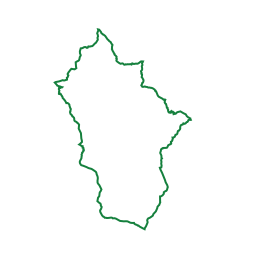 Vintileasca, Vrancea, Romania, rotated 259°
{"feature_id": "2599482B81122424257494", "entity_name": "Vintileasca", "entity_type": "district", "adm_level": 2, "iso_a3": "ROU", "parent_name": "Romania", "parent_adm1": "Vrancea", "projection": "orthographic", "projection_center": [26.718, 45.626], "detail": "fine", "context": "isolated", "style": "outline", "palette": "green", "viewbox_px": 256, "rotation_deg": 259, "n_neighbors": 0, "source": "geoboundaries", "source_scale": "gbopen_adm2", "svg_char_len": 5808}
<svg xmlns="http://www.w3.org/2000/svg" viewBox="0 0 256 256"><g transform="rotate(259 128 128)"><path d="M124.0,191.2L124.9,191.0L125.5,191.0L125.6,190.7L126.5,189.8L127.0,189.1L128.4,188.0L130.4,187.3L131.9,185.3L134.3,182.6L134.1,179.3L132.9,177.5L133.0,176.3L132.9,175.4L133.8,175.4L134.3,176.1L135.5,175.1L135.0,174.5L134.9,173.0L136.1,173.3L135.3,171.3L135.4,171.2L136.0,170.8L137.3,170.6L138.1,170.9L139.6,170.4L140.0,170.7L140.7,170.0L141.2,170.1L144.2,169.9L144.5,169.8L144.9,169.3L145.5,169.1L146.4,168.9L147.7,169.5L148.0,169.4L148.6,170.0L148.9,169.7L148.8,169.4L149.1,168.7L149.0,168.3L150.2,167.4L152.8,164.2L153.8,163.6L154.4,163.4L158.5,162.6L158.6,162.2L158.8,162.0L159.5,162.0L159.6,161.7L160.6,161.5L162.4,159.7L162.5,159.5L162.6,159.2L163.1,158.3L163.2,157.7L163.6,157.0L163.9,155.5L164.6,154.6L165.0,153.3L165.4,152.8L165.6,152.3L165.6,152.1L165.4,151.4L165.7,150.3L165.7,150.0L166.2,149.9L166.6,149.5L167.3,149.2L168.6,150.2L169.4,150.5L169.6,150.7L169.6,151.1L169.7,151.3L170.8,152.0L171.7,152.3L172.2,152.2L172.7,152.3L173.1,152.0L174.1,151.8L175.4,151.1L176.3,151.6L177.7,152.0L178.0,152.0L178.7,151.4L179.5,151.9L180.5,151.6L181.2,151.6L181.6,151.9L182.2,152.7L182.6,153.0L184.0,153.3L186.1,153.3L186.8,154.0L187.1,154.2L188.7,154.1L189.7,154.7L190.0,155.1L190.3,155.0L190.5,155.2L190.8,154.1L190.8,153.2L189.8,151.3L189.4,150.2L189.3,149.7L189.4,148.9L189.7,148.2L189.7,146.0L190.6,144.5L189.7,143.8L189.6,143.4L190.1,143.0L190.3,142.5L190.3,141.2L190.7,139.8L190.6,139.0L191.0,137.8L190.7,137.0L190.8,136.6L191.0,136.2L191.8,135.7L192.4,135.1L192.5,134.8L192.5,132.9L193.7,131.5L195.7,129.7L196.2,129.5L196.8,129.5L197.5,130.1L197.9,130.2L198.2,130.2L198.6,129.8L199.8,130.3L200.1,130.4L201.2,129.8L202.4,128.9L202.8,128.7L203.5,128.9L204.8,128.2L205.7,128.1L207.0,127.5L207.7,127.5L208.6,127.2L209.3,127.6L210.6,127.7L211.6,128.2L211.9,128.2L212.4,128.6L212.8,128.6L213.6,128.0L215.8,127.3L216.4,126.6L216.8,126.2L218.2,125.5L218.6,125.0L219.2,124.7L222.7,123.2L224.3,121.8L224.5,121.3L225.4,120.8L225.8,120.2L226.4,119.9L227.4,119.8L230.0,118.5L230.5,117.4L229.5,117.5L226.8,115.8L225.3,116.1L223.7,116.1L222.5,115.3L222.1,115.2L221.1,115.3L220.4,115.2L217.9,112.9L217.4,112.1L217.3,111.6L215.7,109.5L215.2,108.5L215.3,107.2L215.2,106.5L215.3,105.5L215.6,105.0L215.6,104.6L214.5,103.7L214.5,103.3L214.6,102.7L215.5,102.0L215.7,100.9L215.6,99.8L215.1,98.7L215.2,96.8L212.5,95.4L210.5,95.1L208.6,95.5L208.2,95.4L206.8,94.2L204.6,93.3L203.9,92.8L203.5,92.2L203.0,90.4L202.5,89.2L198.4,88.7L196.6,88.7L195.8,86.8L196.9,83.7L195.5,81.9L194.5,80.9L194.1,80.3L192.5,79.0L191.6,79.1L191.1,79.5L189.2,78.3L189.0,77.6L187.2,77.4L187.0,77.2L187.1,76.5L186.8,75.0L186.9,74.0L187.4,73.1L186.9,69.2L186.9,65.8L186.6,64.8L183.5,66.6L183.2,66.6L182.5,67.6L181.6,69.5L181.0,70.3L180.6,71.2L180.4,70.9L180.6,69.8L180.5,69.4L180.2,69.1L180.3,67.8L179.1,67.5L177.7,67.8L176.8,67.2L176.5,67.1L175.5,67.5L175.2,67.4L175.1,66.8L174.7,66.7L174.5,66.8L174.2,68.2L174.0,68.6L172.6,68.9L172.3,69.2L171.7,69.3L171.2,69.6L169.9,69.6L168.8,70.4L168.0,70.7L167.7,71.0L165.8,71.8L164.2,72.2L164.1,73.2L164.0,73.5L163.2,74.3L162.1,74.9L160.8,74.8L158.3,75.2L157.5,75.5L155.9,74.7L155.6,74.8L154.8,74.1L152.9,74.2L151.2,75.4L150.9,75.3L150.1,75.6L150.0,75.9L148.4,76.9L147.7,77.0L146.0,76.8L145.3,76.9L144.4,77.6L143.9,78.5L143.7,78.7L142.5,79.3L142.0,80.0L140.5,80.6L136.8,79.5L131.9,80.8L126.7,80.2L124.1,80.3L123.0,80.1L121.5,77.8L121.1,77.0L120.5,77.8L119.5,78.7L118.9,79.7L118.7,79.4L118.0,79.8L117.4,79.7L117.2,80.3L116.7,80.5L116.3,80.4L115.8,80.1L115.6,80.1L115.0,80.4L114.6,79.9L114.2,80.1L114.1,79.9L113.5,79.6L112.6,78.3L112.2,78.4L110.7,77.3L109.7,77.4L108.4,76.8L107.7,76.7L107.0,76.4L104.8,74.6L104.0,74.2L102.7,74.1L100.9,74.7L100.4,75.1L99.5,76.8L97.6,79.8L96.2,81.6L94.8,84.4L93.2,86.1L91.4,87.8L90.8,88.2L89.9,88.4L88.5,88.4L86.7,88.8L85.5,88.9L84.1,88.7L82.0,88.0L80.1,87.7L79.1,88.0L77.2,89.0L72.8,90.2L71.3,89.2L70.3,88.1L69.8,87.8L66.6,86.8L65.3,85.3L62.0,84.0L59.8,85.7L59.1,86.5L58.2,86.7L57.4,86.5L56.7,86.6L55.5,87.1L53.8,86.2L53.6,85.9L53.1,85.6L52.6,85.0L52.0,84.8L50.7,84.8L47.1,85.9L45.7,86.8L45.5,87.3L44.3,88.1L44.1,89.3L43.8,89.7L43.6,90.5L43.4,92.1L43.3,94.3L43.1,94.9L42.8,95.4L42.2,95.8L42.0,97.6L41.3,98.9L39.1,101.5L38.3,102.5L37.2,106.0L36.8,108.5L36.4,109.8L34.6,112.2L34.1,113.6L33.7,115.8L32.8,116.0L31.9,116.9L31.3,118.1L30.3,119.0L30.3,119.6L29.0,120.6L26.8,123.3L25.5,125.0L26.5,125.4L28.2,127.0L31.5,129.2L32.2,129.3L33.5,129.2L33.9,129.3L34.8,129.9L35.4,130.6L35.7,132.2L36.0,133.0L37.0,135.2L37.2,135.6L38.8,136.6L40.8,139.4L43.7,141.4L44.8,141.8L45.1,142.0L46.2,143.4L46.5,144.0L47.4,144.5L49.0,145.5L49.2,145.4L54.7,146.4L54.6,146.9L54.8,147.8L55.3,149.1L56.6,150.6L58.1,150.9L58.9,152.7L59.0,153.6L59.9,154.5L61.0,155.0L61.7,155.4L62.1,155.5L62.4,155.8L64.4,155.6L67.6,154.6L69.8,154.4L77.5,152.9L80.4,152.1L81.1,151.9L82.9,151.7L82.9,152.4L83.0,153.2L84.6,153.8L86.7,153.8L88.4,154.4L89.7,154.3L90.4,154.7L90.9,154.7L91.7,155.1L91.8,155.5L92.6,155.2L94.3,155.5L95.8,155.3L96.8,154.9L97.8,155.0L98.9,155.7L100.7,156.4L101.1,157.0L101.2,158.0L101.6,158.1L101.7,158.6L101.2,161.7L101.3,162.6L102.1,163.3L103.4,164.2L103.6,164.7L103.8,165.9L104.1,166.4L104.0,166.8L104.4,167.4L104.9,167.5L105.7,167.4L106.3,167.5L106.5,168.1L106.8,168.7L107.4,169.2L108.0,169.3L108.8,169.9L110.1,169.9L109.9,170.8L110.2,171.2L110.4,172.1L110.9,172.5L112.3,173.3L112.3,173.5L112.2,173.8L112.4,174.3L112.5,174.7L113.0,175.3L115.3,176.3L115.6,176.6L115.7,177.1L115.7,177.5L117.0,178.9L117.6,179.2L119.0,179.4L120.4,180.2L120.9,181.0L120.9,182.3L121.1,182.6L122.0,183.2L121.9,183.6L121.5,183.9L121.3,184.3L121.6,185.5L122.4,186.4L122.6,186.7L122.6,187.5L123.5,188.4L124.0,188.6L124.3,188.9L124.3,190.4L124.0,190.9L124.0,191.2Z" fill="none" stroke="#15803d" stroke-width="2"/></g></svg>